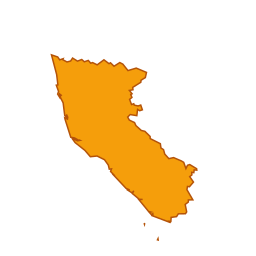 Maintirano, Melaky, Madagascar (Natural Earth projection), rotated 320°
{"feature_id": "10022922B40533998311047", "entity_name": "Maintirano", "entity_type": "district", "adm_level": 2, "iso_a3": "MDG", "parent_name": "Madagascar", "parent_adm1": "Melaky", "projection": "natural_earth1", "projection_center": [44.435, -17.734], "detail": "medium", "context": "isolated", "style": "filled", "palette": "amber", "viewbox_px": 256, "rotation_deg": 320, "n_neighbors": 0, "source": "geoboundaries", "source_scale": "gbopen_adm2", "svg_char_len": 1862}
<svg xmlns="http://www.w3.org/2000/svg" viewBox="0 0 256 256"><g transform="rotate(320 128 128)"><path d="M116.4,22.8L107.7,41.2L102.0,49.9L100.6,49.1L98.3,55.4L95.9,56.8L95.4,60.3L97.5,58.0L97.9,60.0L96.1,60.2L94.5,67.0L87.6,77.7L87.8,81.0L88.5,80.9L88.6,79.1L88.9,78.7L89.4,78.7L88.8,81.0L87.3,82.3L86.1,79.5L85.5,80.6L78.2,98.3L80.6,101.1L81.8,104.2L81.3,105.3L82.8,105.6L83.3,106.6L81.0,105.3L78.5,99.7L78.1,105.2L80.6,117.4L80.7,125.8L86.3,129.6L89.6,137.2L89.1,143.7L87.2,147.5L89.1,148.7L86.7,150.1L87.1,156.2L86.6,153.0L87.7,173.0L89.5,176.6L87.5,174.2L89.4,180.4L92.1,179.8L89.2,181.0L90.8,189.9L93.3,192.1L90.3,189.8L90.1,205.2L91.4,207.0L90.1,206.4L90.2,209.3L91.9,209.6L91.0,210.9L89.7,209.9L99.8,227.9L99.7,226.0L100.8,227.1L103.6,224.2L108.2,227.1L111.4,226.1L116.9,230.6L119.0,230.0L122.7,223.3L126.6,223.5L128.0,221.9L131.5,224.7L133.5,213.1L136.0,211.0L137.3,212.5L143.4,211.5L144.0,204.9L146.8,205.0L148.3,202.9L149.7,204.5L151.8,202.6L153.6,204.5L154.4,203.3L151.8,195.7L149.6,194.8L146.3,196.3L148.6,190.1L147.7,187.5L143.9,180.0L139.6,177.7L139.4,171.6L141.3,167.4L140.4,164.5L142.7,160.8L138.2,150.4L139.5,148.7L138.8,141.4L136.6,138.4L135.6,131.2L136.5,128.1L134.1,122.8L134.8,119.4L138.3,119.1L142.7,124.2L147.3,119.9L148.1,122.3L150.7,123.3L152.5,118.6L149.9,117.6L147.5,114.5L148.0,113.1L145.8,112.3L147.6,107.1L150.7,107.1L151.6,104.1L153.1,104.4L153.2,100.1L156.4,101.9L157.7,99.9L167.2,101.2L168.7,99.8L173.7,100.5L177.9,97.3L172.8,87.4L164.9,84.0L165.1,75.8L163.8,72.6L157.0,71.7L156.5,66.8L154.8,66.5L153.4,60.3L145.0,59.8L142.9,55.1L141.1,54.4L141.0,50.7L137.1,49.2L136.6,45.8L132.3,44.3L130.5,38.8L127.1,39.8L123.7,38.2L121.9,33.6L122.8,33.2L119.5,31.9L119.8,28.4L116.4,22.8ZM79.1,233.2L79.8,232.1L78.7,232.6L79.1,233.2ZM78.7,212.4L79.2,212.0L79.1,211.3L78.7,212.4Z" fill="#f59e0b" stroke="#b45309" stroke-width="1.5"/></g></svg>